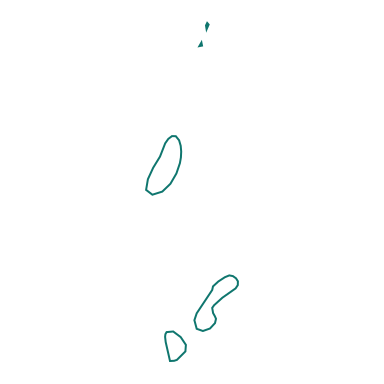 outline of Batanes
{"feature_id": "PHL-2543", "entity_name": "Batanes", "entity_type": "Province", "adm_level": 1, "iso_a3": "PHL", "parent_name": "Philippines", "parent_adm1": "", "projection": "albers", "projection_center": [121.912, 20.698], "detail": "fine", "context": "isolated", "style": "outline", "palette": "teal", "viewbox_px": 384, "rotation_deg": 0, "n_neighbors": 0, "source": "natural_earth", "source_scale": "10m", "svg_char_len": 866}
<svg xmlns="http://www.w3.org/2000/svg" viewBox="0 0 384 384"><path d="M179.9,163.2L176.4,173.5L170.4,183.8L162.3,191.6L152.4,194.7L146.1,189.9L147.9,179.2L153.2,167.7L160.0,156.6L165.2,143.3L168.3,138.9L172.0,136.1L175.8,136.2L179.1,140.3L180.7,145.8L181.2,151.6L180.9,157.5L179.9,163.2ZM229.3,275.4L232.9,276.1L236.0,278.3L237.9,281.3L237.8,285.1L235.6,288.4L222.4,297.7L214.1,305.2L212.2,307.9L213.1,313.1L214.8,316.1L216.0,318.8L215.0,323.1L210.0,328.5L202.9,331.0L196.7,328.8L194.4,320.2L196.7,313.3L212.2,290.0L213.0,286.4L218.3,281.5L224.9,277.2L229.3,275.4ZM166.6,332.1L173.2,331.5L180.7,337.1L185.9,344.9L185.4,351.4L176.9,359.9L174.1,360.8L170.0,361.0L165.7,342.1L165.1,336.9L165.4,334.2L166.6,332.1ZM206.0,25.5L207.2,23.0L208.6,24.6L206.6,29.2L206.0,25.5ZM202.0,45.6L199.4,46.1L201.4,42.6L202.0,45.6Z" fill="none" stroke="#0f766e" stroke-width="2"/></svg>